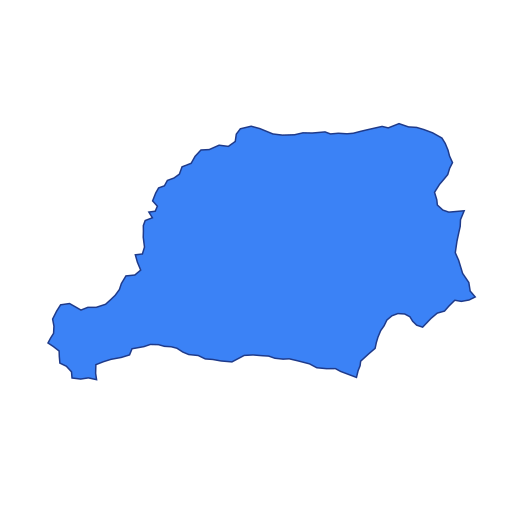 outline of Monte Castelo, São Paulo, Brazil, rotated 265°
{"feature_id": "56859067B5016346842367", "entity_name": "Monte Castelo", "entity_type": "district", "adm_level": 2, "iso_a3": "BRA", "parent_name": "Brazil", "parent_adm1": "São Paulo", "projection": "equal_earth", "projection_center": [-51.577, -21.242], "detail": "fine", "context": "isolated", "style": "filled", "palette": "blue", "viewbox_px": 512, "rotation_deg": 265, "n_neighbors": 0, "source": "geoboundaries", "source_scale": "gbopen_adm2", "svg_char_len": 2150}
<svg xmlns="http://www.w3.org/2000/svg" viewBox="0 0 512 512"><g transform="rotate(265 256 256)"><path d="M366.4,210.4L360.6,204.0L354.0,199.5L351.3,190.1L344.2,186.8L340.8,181.0L339.0,174.3L333.9,170.9L332.3,164.9L327.5,161.6L319.9,157.8L314.2,162.1L309.4,159.5L309.1,153.1L303.1,156.1L301.0,148.7L296.1,146.4L290.5,146.0L284.5,145.3L274.6,145.7L267.9,143.0L267.7,135.9L260.2,137.3L252.0,139.9L247.6,133.6L247.5,124.7L240.3,119.5L234.5,117.0L229.0,112.2L224.7,106.8L221.0,101.9L218.8,92.4L219.5,84.0L217.4,76.9L220.9,71.9L224.9,66.1L224.4,57.1L218.5,52.6L210.9,47.9L203.7,48.6L196.6,47.6L192.1,44.2L187.5,41.2L183.5,46.2L178.5,51.6L173.0,51.3L166.4,51.3L162.7,57.5L156.7,62.1L150.5,62.1L148.7,70.6L149.2,78.4L146.7,86.4L153.1,86.0L161.7,87.0L164.0,94.8L165.7,102.5L166.7,113.0L168.5,121.4L174.4,124.4L175.5,136.5L177.1,143.0L176.2,151.1L174.0,156.9L173.0,163.6L171.0,169.2L166.7,174.7L163.7,180.4L161.9,189.8L157.9,196.5L156.7,203.9L154.5,212.0L152.6,222.8L158.0,235.6L157.7,244.4L156.2,253.1L155.2,259.9L152.5,265.9L150.9,274.0L150.7,280.1L148.0,288.3L143.9,299.9L139.4,306.8L137.6,316.5L136.9,325.3L133.6,330.3L129.9,338.0L126.3,345.5L132.8,347.7L137.6,350.1L142.1,351.1L148.7,359.7L153.6,366.6L159.2,368.3L164.5,370.4L170.8,373.7L175.3,377.5L180.8,380.8L184.6,386.2L186.3,392.3L185.3,399.0L182.1,404.0L177.3,406.4L173.1,410.0L170.6,415.8L178.6,424.9L183.3,431.6L184.7,439.0L189.3,443.8L194.6,450.2L192.9,456.6L193.6,464.4L196.1,470.8L202.4,466.3L211.0,465.7L220.7,460.3L234.0,457.5L241.9,454.8L253.3,457.5L261.1,459.9L267.7,462.0L274.4,462.9L282.9,467.3L282.9,451.9L285.5,446.1L291.0,441.1L296.2,441.0L303.9,439.4L311.4,445.1L316.4,450.2L320.4,454.1L326.6,456.6L331.9,459.9L338.7,457.5L344.7,456.5L351.7,454.3L357.3,451.5L363.3,442.7L367.3,434.3L370.1,427.2L371.3,419.2L375.4,410.0L372.1,398.9L374.1,392.9L373.1,385.5L372.0,377.5L371.1,371.3L369.8,363.6L369.8,357.3L371.1,348.8L371.1,340.8L373.6,335.6L373.6,322.8L374.6,313.5L373.4,304.9L374.1,292.9L376.1,283.5L379.6,276.7L382.6,270.9L385.7,262.5L384.1,251.5L379.1,247.0L371.9,245.3L367.6,238.0L369.6,228.9L366.1,218.7L366.4,210.4Z" fill="#3b82f6" stroke="#1e3a8a" stroke-width="1.5"/></g></svg>